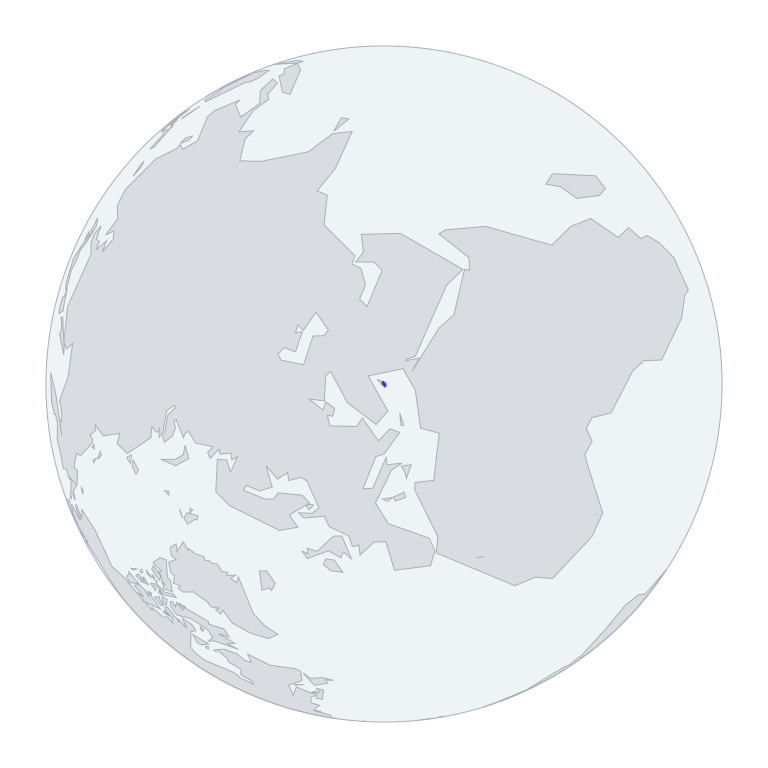 globe centered on Nicosia, rotated 240°
{"feature_id": "CYP-3464", "entity_name": "Nicosia", "entity_type": "District", "adm_level": 1, "iso_a3": "CYP", "parent_name": "Cyprus", "parent_adm1": "", "projection": "orthographic", "projection_center": [33.02, 35.04], "detail": "fine", "context": "on_globe", "style": "filled", "palette": "violet", "viewbox_px": 768, "rotation_deg": 240, "n_neighbors": 0, "source": "natural_earth", "source_scale": "10m", "svg_char_len": 11361}
<svg xmlns="http://www.w3.org/2000/svg" viewBox="0 0 768 768"><g transform="rotate(240 384 384)"><circle cx="384" cy="384" r="338" fill="#eef3f6" stroke="#a8b0b8"/><path d="M324.8,51.3L344.2,49.2L384.4,47.9L398.3,47.3L394.3,48.3L421.5,48.3L444.1,51.5L417.8,48.3L414.5,48.4L429.4,50.2L429.3,50.9L436.4,52.5L434.9,53.5L419.6,52.5L418.3,53.4L429.0,54.8L434.2,57.3L418.7,55.0L426.2,59.5L402.0,60.7L361.9,57.2L347.5,61.9L303.8,69.9L306.9,71.3L292.3,76.4L290.4,80.2L282.8,81.5L287.9,83.6L295.2,81.8L299.8,82.4L299.4,84.8L289.7,86.4L288.5,85.5L285.4,87.3L280.7,87.3L282.8,88.6L271.0,90.9L281.9,92.3L271.9,97.3L264.3,97.9L266.2,93.0L253.2,85.1L246.1,85.8L234.2,90.8L209.4,109.6L201.1,112.9L189.0,121.0L193.0,120.9L203.9,114.7L208.4,117.4L221.2,110.4L224.9,110.9L237.6,106.5L234.4,112.7L224.4,121.4L213.7,125.6L209.1,129.9L218.2,130.9L197.4,144.7L182.0,164.7L176.7,168.2L168.2,164.7L170.7,151.0L159.8,149.8L165.5,156.7L152.3,166.7L149.5,171.2L149.5,174.7L154.0,173.5L149.2,178.6L141.7,172.9L145.9,168.1L148.3,169.7L149.4,163.8L144.2,161.5L137.9,167.6L136.8,160.4L132.3,165.0L129.5,166.5L136.8,159.4L123.7,172.4L121.4,171.4L117.8,175.9L133.7,157.0L150.9,139.3L169.4,123.0L189.1,108.0L209.7,94.5L231.4,82.5L253.8,72.2L276.9,63.5L300.6,56.5L324.8,51.3ZM54.8,307.6L53.2,316.3L52.6,318.2L47.9,354.6L48.6,382.8L48.8,399.3L48.1,404.1L49.7,413.3L49.8,418.3L61.3,454.5L71.6,481.9L74.2,498.6L71.5,505.9L82.2,536.0L71.4,512.3L62.4,487.8L55.4,462.7L50.3,437.1L47.2,411.2L46.1,385.2L47.0,359.1L49.9,333.2L54.8,307.6ZM333.3,49.9L332.0,50.1L331.7,50.2L333.3,49.9ZM408.3,47.3L400.3,46.9L408.1,47.2L408.3,47.3ZM437.7,52.6L440.0,52.7L442.7,53.6L437.7,52.6ZM238.5,103.5L238.0,105.0L235.9,105.0L238.5,103.5ZM244.4,100.5L242.3,99.5L244.8,97.9L246.0,98.6L244.4,100.5ZM442.9,56.1L446.5,58.0L440.2,55.8L442.9,56.1ZM246.4,102.2L249.5,95.4L253.9,92.8L262.4,93.2L246.4,102.2ZM446.9,58.9L455.9,64.2L461.9,64.5L450.1,67.4L446.3,61.4L437.6,58.5L444.6,59.6L446.9,58.9ZM297.7,80.3L289.9,82.3L296.8,78.6L297.7,80.3ZM301.0,77.9L315.5,67.4L326.7,66.3L319.6,69.7L334.5,67.1L332.9,71.6L324.3,74.1L317.4,73.8L322.1,75.9L301.0,77.9ZM442.1,68.5L442.1,70.0L439.2,68.4L442.1,68.5ZM302.2,82.4L304.2,80.1L314.1,78.8L312.0,83.2L309.5,82.1L302.2,82.4ZM339.2,64.5L346.2,64.7L346.8,68.3L349.6,69.0L333.8,71.7L339.2,64.5ZM307.0,83.6L310.7,85.6L305.7,88.4L301.0,84.6L307.0,83.6ZM317.5,76.8L322.1,76.5L318.9,78.0L317.5,76.8ZM289.8,100.8L291.9,97.5L297.2,96.4L289.8,100.8ZM312.5,86.1L314.2,85.1L316.5,84.5L317.9,86.4L312.5,86.1ZM335.4,74.3L334.1,75.9L341.9,73.3L342.6,76.3L331.9,77.8L336.9,78.4L337.1,79.4L328.1,79.6L335.4,74.3ZM326.3,86.7L312.9,90.3L307.9,96.3L303.0,97.2L312.0,87.5L326.3,86.7ZM328.1,82.4L325.9,85.2L320.9,84.7L319.4,82.5L328.1,82.4ZM347.0,78.1L348.6,73.0L350.9,72.9L347.0,78.1ZM325.8,88.4L329.0,87.6L326.0,88.9L325.8,88.4ZM341.6,81.2L341.8,79.3L344.4,79.2L341.6,81.2ZM335.3,87.6L331.0,88.7L329.8,87.1L335.3,87.6ZM338.9,84.7L342.4,85.2L332.0,85.9L338.6,83.9L338.9,84.7ZM344.0,81.5L345.6,80.8L343.5,82.3L344.0,81.5ZM342.1,93.4L329.2,94.8L326.7,91.1L339.6,90.2L342.1,93.4ZM147.9,487.8L131.3,432.6L141.0,418.6L143.8,396.6L211.6,344.8L224.8,354.3L276.8,357.6L283.1,361.8L275.7,378.9L313.7,407.2L327.5,393.7L363.2,408.1L387.8,408.0L398.9,374.3L358.6,373.8L352.9,356.9L386.2,342.9L421.5,344.2L420.5,337.7L399.2,323.9L408.4,311.7L391.9,318.1L397.8,324.7L387.6,329.2L381.7,323.6L385.1,319.3L374.8,316.3L360.8,339.0L365.3,348.2L337.5,350.8L342.2,366.7L334.3,373.3L323.3,349.1L325.2,340.7L303.8,313.2L299.3,322.1L319.2,349.0L312.5,346.4L306.5,360.0L305.8,347.5L285.2,317.1L260.9,317.9L227.9,346.0L214.1,344.7L203.4,333.5L217.4,299.9L246.7,306.8L252.0,296.3L247.8,277.7L257.1,281.8L259.0,275.4L270.2,277.5L287.7,265.3L299.4,266.1L308.0,247.6L315.1,245.8L308.0,257.0L309.4,265.8L338.6,268.8L344.7,265.3L347.9,253.3L355.5,256.2L354.9,244.3L372.5,241.0L350.5,235.6L353.7,222.8L365.1,214.0L362.2,209.1L343.5,223.8L339.6,230.7L342.6,238.0L328.5,257.7L318.1,259.9L317.9,236.6L303.1,237.7L309.4,220.3L356.1,189.3L374.8,184.5L402.1,202.1L396.8,209.8L384.4,207.0L394.4,220.9L394.3,214.3L400.6,217.1L405.3,206.8L410.0,208.4L406.4,196.2L412.7,197.0L414.9,204.7L427.1,191.4L440.6,191.0L441.1,187.3L437.8,183.5L457.2,186.2L456.7,183.5L450.2,181.4L444.9,174.8L443.2,164.6L450.0,166.1L451.5,169.9L465.0,180.9L468.0,191.8L470.7,191.5L469.6,182.4L453.2,168.9L450.3,162.5L458.9,167.7L455.5,165.3L456.2,162.6L463.2,161.5L454.1,155.4L452.2,126.9L465.6,123.1L473.5,130.3L479.4,114.8L494.0,113.6L488.0,111.4L486.7,103.8L482.1,104.0L479.1,102.5L473.6,85.3L477.6,83.1L468.4,75.1L465.3,74.2L461.8,75.2L450.1,67.4L461.9,64.5L468.4,66.4L471.4,64.1L485.7,69.3L499.0,73.1L513.0,81.4L522.2,84.5L522.3,83.3L535.0,87.3L560.7,101.1L539.5,94.8L500.7,79.3L516.5,85.5L512.8,85.9L518.4,89.5L529.6,94.4L530.9,93.7L548.2,114.0L574.8,134.6L573.2,126.7L580.4,127.8L609.3,148.8L643.0,195.3L652.9,200.9L659.0,208.2L662.3,218.0L653.6,207.5L649.8,208.7L644.3,201.8L646.8,215.4L639.2,206.2L644.9,222.2L651.6,226.8L652.2,217.5L660.5,236.4L671.5,241.9L681.7,257.1L693.1,299.1L691.5,321.3L693.2,327.4L687.9,326.8L687.9,344.3L703.4,364.4L705.4,373.4L702.0,401.5L700.7,395.2L686.8,393.4L689.2,416.8L699.9,423.6L703.8,440.2L697.8,442.1L693.2,428.0L688.2,426.7L686.0,407.2L674.9,384.4L668.5,397.5L665.6,386.0L649.4,370.7L638.2,388.8L622.9,434.7L626.5,464.8L618.6,482.7L595.0,449.6L584.7,422.5L576.0,429.3L551.8,411.6L509.6,423.0L503.8,416.1L495.8,422.0L478.8,417.3L469.9,405.4L459.5,408.1L483.3,439.2L494.5,436.3L503.9,420.6L508.5,432.2L524.9,439.2L506.2,473.6L443.9,509.6L438.1,487.3L392.4,425.0L393.9,417.4L393.8,416.5L393.2,415.0L388.7,427.4L380.9,414.5L405.0,459.8L408.9,479.0L443.0,511.1L439.7,515.0L450.8,520.8L486.6,506.7L486.8,514.2L469.6,550.8L420.3,598.8L427.1,624.7L424.0,645.7L393.8,660.1L397.1,674.0L381.6,678.9L381.1,686.0L369.0,692.9L348.7,698.2L313.3,694.6L310.5,688.9L292.0,674.4L266.0,636.4L274.3,620.7L270.9,605.7L245.4,566.3L250.9,547.2L244.2,536.9L230.4,535.6L222.7,522.9L214.4,520.3L163.0,509.0L147.9,487.8ZM187.1,377.4L185.0,383.9L184.9,383.9L187.1,377.4ZM458.6,362.9L480.0,361.1L470.9,340.9L478.4,338.8L472.6,333.0L470.2,339.5L456.0,323.4L465.4,315.8L463.1,306.8L455.8,307.1L440.8,323.9L461.0,346.5L455.9,356.0L458.6,362.9ZM53.1,316.7L52.1,322.3L52.6,319.0L53.1,316.7ZM68.6,263.8L66.7,269.9L67.6,266.0L68.6,263.8ZM75.2,246.7L70.0,259.5L71.1,256.4L75.2,246.7ZM100.1,200.8L100.6,200.0L102.7,196.8L100.1,200.8ZM152.8,167.0L153.2,167.6L152.0,171.8L150.4,171.2L152.8,167.0ZM160.5,183.9L152.6,191.9L157.1,185.4L153.1,185.7L157.7,173.2L174.3,169.4L165.9,173.0L160.5,183.9ZM168.3,156.6L163.6,164.2L168.1,156.0L168.3,156.6ZM258.3,241.2L261.5,246.4L256.3,252.9L241.6,254.2L248.9,244.5L258.3,241.2ZM267.3,252.5L271.2,230.4L280.6,229.4L274.7,233.5L280.4,235.2L272.5,242.4L277.6,264.1L273.4,271.5L248.4,268.4L258.9,265.0L255.1,259.8L267.3,252.5ZM264.7,182.8L266.5,175.2L284.4,182.7L280.7,189.0L265.7,190.1L261.3,183.3L264.7,182.8ZM260.9,105.2L260.4,103.3L263.1,102.6L265.7,103.7L260.9,105.2ZM290.3,99.3L265.7,113.4L264.0,111.8L251.7,123.1L242.2,123.3L250.5,115.8L234.0,125.0L237.7,118.3L227.0,125.3L246.4,108.5L249.1,103.5L249.7,108.8L258.4,108.5L262.9,107.0L277.7,99.1L287.6,89.2L297.8,88.1L302.3,90.0L301.4,92.2L295.1,92.0L298.5,95.1L288.8,96.7L290.3,99.3ZM349.4,124.0L342.5,121.0L347.7,131.2L337.9,131.3L339.1,132.5L331.5,135.6L324.5,141.6L320.2,140.8L319.3,143.6L314.2,146.0L311.5,149.7L303.0,149.7L299.0,154.4L297.2,151.7L292.6,160.0L292.2,154.0L285.6,157.1L289.5,161.3L249.9,156.1L233.6,160.0L220.3,166.9L221.3,156.7L234.5,144.2L253.2,132.9L268.7,131.2L266.4,127.4L273.1,125.6L272.1,129.4L277.7,122.6L282.9,122.3L299.5,114.8L304.2,106.1L310.4,103.5L311.2,106.8L316.8,102.0L322.5,106.6L327.1,105.1L337.2,108.4L336.1,116.3L341.3,114.0L349.3,117.0L349.4,124.0ZM344.8,94.6L345.7,103.0L340.8,107.5L325.1,99.9L320.2,100.7L310.0,96.8L317.3,90.6L319.6,92.2L323.5,92.4L319.6,94.2L325.6,92.9L328.9,95.2L334.4,94.9L333.2,97.6L344.8,94.6ZM291.1,356.2L296.1,357.8L304.2,358.1L300.5,367.1L291.1,356.2ZM276.7,335.6L281.4,335.3L280.2,347.3L275.0,346.0L276.7,335.6ZM285.0,325.2L281.7,334.3L280.4,328.6L285.0,325.2ZM312.5,256.3L317.6,255.6L317.7,258.4L314.4,262.4L312.5,256.3ZM362.9,157.2L359.7,154.0L361.4,152.8L360.7,144.0L367.9,143.7L371.1,148.9L362.9,157.2ZM391.5,380.2L383.8,386.8L380.3,383.6L383.6,382.0L391.5,380.2ZM339.6,378.0L351.0,383.1L338.4,380.4L339.6,378.0ZM370.6,155.4L369.5,151.7L373.7,153.9L370.6,155.4ZM373.1,143.1L378.3,144.8L368.7,142.7L373.1,143.1ZM513.4,696.2L515.0,695.5L515.4,695.3L513.4,696.2ZM481.8,635.2L458.5,671.3L442.5,673.5L439.6,664.9L448.3,643.9L466.9,635.3L476.1,624.0L481.8,635.2ZM715.6,448.7L707.8,470.3L703.7,475.4L705.5,468.7L712.1,456.1L715.6,448.7ZM705.1,469.3L697.8,468.9L681.8,447.4L687.6,442.0L703.2,447.2L702.4,452.5L706.8,455.1L705.1,469.3ZM719.7,413.0L718.7,426.5L715.2,437.6L713.1,441.1L711.8,429.2L712.6,419.1L714.5,414.9L717.7,370.4L719.7,370.9L719.7,387.7L721.0,393.3L719.7,413.0ZM628.0,466.9L635.9,480.2L631.1,486.0L628.0,466.9ZM715.6,344.4L716.6,363.3L714.7,341.1L715.6,344.4ZM712.5,325.8L714.1,331.3L712.3,328.4L712.5,325.8ZM696.3,335.7L694.4,341.8L692.8,337.7L694.2,327.6L696.3,335.7ZM689.4,270.4L695.4,282.6L697.1,287.6L693.4,282.5L689.4,270.4ZM430.3,153.0L423.3,165.0L423.0,174.6L430.3,181.1L417.0,177.7L417.4,162.8L430.3,153.0ZM448.8,129.7L442.3,124.9L447.0,124.2L449.2,125.2L448.8,129.7ZM443.6,128.8L432.2,128.4L429.8,124.0L439.3,125.1L443.6,128.8ZM401.3,140.7L398.7,144.1L395.3,142.1L401.3,140.7ZM721.7,396.0L721.6,398.3L721.6,398.7L721.3,404.1L721.3,403.6L721.2,405.8L719.8,421.7L720.6,411.9L721.4,394.1L721.6,384.9L721.8,374.0L721.8,376.2L721.5,392.5L721.6,397.9L721.9,390.8L721.7,396.0ZM720.0,349.1L718.7,344.3L719.2,353.1L716.7,329.1L718.6,337.6L720.0,349.1ZM716.4,331.4L717.1,339.5L715.4,326.6L716.4,331.4ZM716.3,337.2L714.6,330.8L715.0,328.1L716.3,337.2ZM716.5,329.4L713.6,316.7L715.3,321.8L716.5,329.4ZM710.1,316.8L713.8,320.4L711.8,325.6L704.2,303.6L704.5,298.8L710.1,316.8ZM664.0,206.2L659.8,201.4L657.9,196.4L661.4,201.0L664.0,206.2ZM647.9,177.8L656.0,193.5L661.8,207.4L663.5,207.4L671.0,219.2L664.7,214.1L655.5,197.2L652.3,188.6L645.1,179.8L638.7,169.8L629.7,161.3L624.7,155.3L631.9,160.6L647.9,177.8ZM625.9,158.1L607.8,142.4L607.4,137.9L611.3,140.3L619.8,149.2L619.5,151.0L625.9,158.1ZM603.3,137.5L602.8,139.3L575.3,125.1L569.4,121.2L590.2,128.3L590.8,130.6L597.7,135.3L603.3,137.5ZM445.7,70.3L442.4,70.0L444.5,69.3L445.7,70.3ZM476.6,102.8L472.8,100.6L475.4,99.4L476.6,102.8ZM463.8,94.2L463.5,97.1L461.0,93.4L463.8,94.2ZM463.4,103.8L462.1,97.9L467.4,104.5L463.4,103.8Z" fill="#d9dde1" stroke="#a8b0b8" stroke-width="1"/><path d="M385.9,383.1L386.0,383.2L386.0,383.4L386.2,383.6L386.2,383.8L386.2,384.0L386.3,384.0L386.3,383.9L386.3,384.0L386.4,384.3L386.3,384.5L386.2,384.5L386.2,384.4L386.1,384.5L386.0,384.4L385.9,384.4L385.9,384.5L385.7,384.6L385.4,384.6L385.2,384.8L384.9,384.8L384.7,384.8L384.4,384.9L384.2,384.9L383.9,384.6L383.7,384.5L383.4,384.6L383.2,384.6L382.9,384.5L382.8,384.8L382.7,384.8L382.4,384.8L382.3,384.7L382.2,384.7L382.3,384.6L382.3,384.4L382.2,384.1L382.0,383.9L382.1,383.6L382.0,383.4L381.9,383.4L381.8,383.2L382.0,383.2L382.0,383.3L382.1,383.2L382.3,383.1L382.5,383.2L382.5,383.3L382.9,383.5L383.0,383.5L383.1,383.8L383.2,383.7L383.3,383.7L383.5,383.6L383.8,383.6L384.0,383.4L384.3,383.3L384.4,383.2L384.4,383.3L384.5,383.3L384.6,383.2L384.8,383.1L385.0,383.2L385.3,383.3L385.5,383.2L385.8,383.1L385.9,383.1Z" fill="#8b5cf6" stroke="#5b21b6" stroke-width="1.5"/></g></svg>